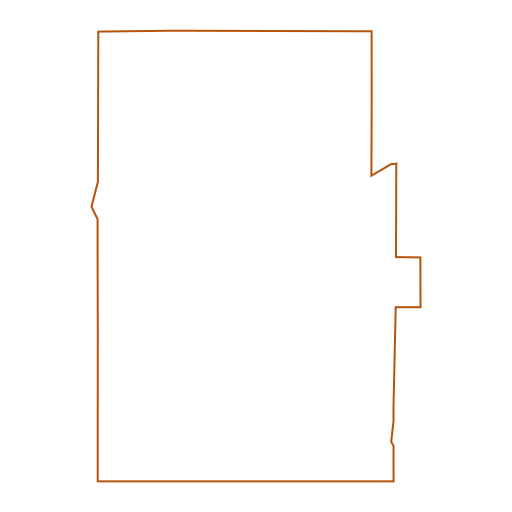 outline of Dickinson, Kansas, United States of America
{"feature_id": "52423323B35646510903137", "entity_name": "Dickinson", "entity_type": "district", "adm_level": 2, "iso_a3": "USA", "parent_name": "United States of America", "parent_adm1": "Kansas", "projection": "mercator", "projection_center": [-97.074, 38.871], "detail": "fine", "context": "isolated", "style": "outline", "palette": "amber", "viewbox_px": 512, "rotation_deg": 0, "n_neighbors": 0, "source": "geoboundaries", "source_scale": "gbopen_adm2", "svg_char_len": 439}
<svg xmlns="http://www.w3.org/2000/svg" viewBox="0 0 512 512"><path d="M97.7,481.3L393.6,481.3L393.5,456.3L393.6,446.0L391.2,441.8L393.5,421.4L393.5,406.9L395.7,307.2L420.5,307.2L420.4,257.4L396.0,257.1L396.3,163.6L395.7,163.9L393.5,164.0L393.1,164.1L391.5,163.9L371.4,175.7L371.7,93.9L371.6,31.3L173.0,30.7L98.3,31.6L97.9,181.8L91.5,206.7L97.6,219.3L97.6,256.7L97.8,331.9L97.7,481.3Z" fill="none" stroke="#b45309" stroke-width="2"/></svg>